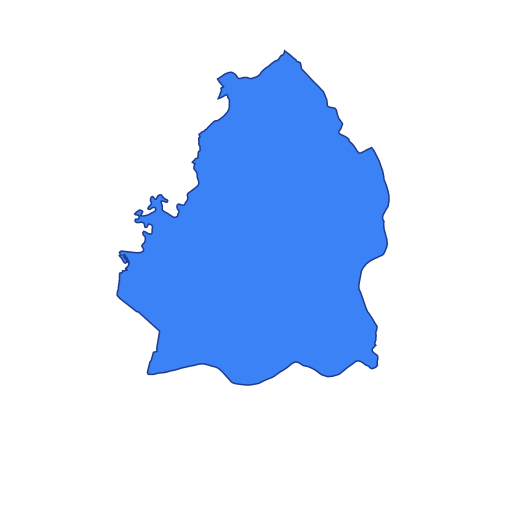 Kampong Trach, Kâmpôt, Cambodia, rotated 51°
{"feature_id": "14789045B82018402727436", "entity_name": "Kampong Trach", "entity_type": "district", "adm_level": 2, "iso_a3": "KHM", "parent_name": "Cambodia", "parent_adm1": "Kâmpôt", "projection": "mercator", "projection_center": [104.456, 10.519], "detail": "fine", "context": "isolated", "style": "filled", "palette": "blue", "viewbox_px": 512, "rotation_deg": 51, "n_neighbors": 0, "source": "geoboundaries", "source_scale": "gbopen_adm2", "svg_char_len": 6146}
<svg xmlns="http://www.w3.org/2000/svg" viewBox="0 0 512 512"><g transform="rotate(51 256 256)"><path d="M309.9,134.9L306.7,134.2L304.4,132.0L302.0,126.4L300.5,122.0L296.4,117.5L292.7,114.7L288.8,112.6L283.2,110.3L276.9,108.3L274.6,106.7L269.7,104.1L259.7,100.5L256.5,99.8L248.9,98.1L244.5,97.9L243.1,103.5L242.9,105.4L241.9,109.7L241.1,111.0L238.0,111.4L234.8,110.9L231.3,110.6L228.6,110.8L225.7,111.3L223.5,110.4L220.0,111.2L213.4,114.3L212.6,114.2L211.3,113.1L210.9,110.9L210.2,109.5L208.7,107.1L207.9,105.6L205.7,105.3L201.4,105.1L198.4,104.2L193.0,101.7L190.7,101.7L186.8,105.0L185.3,105.8L184.3,106.0L179.2,102.7L174.7,101.4L170.8,100.2L166.4,100.6L162.8,100.8L157.0,101.5L138.9,102.8L135.5,100.7L133.7,100.0L132.2,100.6L130.1,102.0L128.7,101.5L125.2,102.4L121.1,103.0L114.5,104.6L115.5,105.6L116.4,107.3L116.8,109.2L116.0,109.9L116.4,111.8L116.9,113.3L117.4,114.9L117.4,115.8L116.5,118.6L116.3,121.6L116.3,124.7L116.5,126.1L116.1,130.2L116.1,132.5L116.3,134.9L116.7,137.1L117.4,138.7L117.3,141.8L116.8,143.8L116.0,145.6L115.1,148.2L113.6,149.5L111.7,150.5L109.8,152.9L108.7,154.9L108.4,156.1L107.6,157.2L106.6,158.1L103.0,157.8L101.2,158.0L100.2,158.3L98.8,158.8L97.7,159.5L96.7,160.9L95.8,163.0L94.9,166.5L94.9,167.8L94.4,173.8L94.2,174.5L97.2,174.9L104.2,174.8L104.2,175.7L103.5,176.6L103.6,177.8L105.2,178.2L108.5,183.6L109.9,186.3L110.8,184.1L112.1,177.1L113.4,177.2L115.2,178.2L116.4,178.2L117.7,178.3L123.0,182.6L124.9,184.7L126.2,188.0L127.0,193.4L126.9,198.2L126.5,200.9L125.2,202.8L125.1,205.1L125.9,212.6L126.3,214.7L126.0,216.4L126.4,218.0L125.8,219.2L125.5,220.4L126.0,222.4L125.4,223.4L126.0,223.9L126.5,224.1L128.3,224.6L128.2,226.0L129.2,227.1L131.4,228.5L132.1,229.3L133.9,230.5L135.8,230.5L136.9,231.7L138.0,232.4L139.0,233.6L138.7,234.9L139.6,236.1L140.9,237.1L141.9,238.4L143.2,239.4L142.6,241.0L142.3,242.0L142.9,243.7L142.8,245.5L143.2,246.6L144.9,245.9L146.3,245.4L146.4,246.5L148.2,248.7L149.0,249.3L152.8,249.4L154.6,249.9L155.8,250.6L158.1,252.3L160.7,253.1L162.4,254.0L163.6,254.8L164.8,256.8L164.8,262.1L164.5,268.8L164.6,269.7L165.0,270.7L165.8,271.3L167.1,271.9L167.9,272.5L169.1,273.7L169.6,275.0L170.1,277.1L171.2,279.2L171.0,280.2L170.0,281.3L169.2,281.9L167.9,282.7L166.9,283.4L166.8,285.1L167.5,286.1L169.0,287.1L170.7,287.5L171.4,287.5L172.1,287.3L172.9,287.5L173.3,288.1L173.7,288.8L174.2,290.3L175.6,291.4L175.4,293.6L174.6,295.4L171.7,296.5L167.5,297.8L163.3,299.5L161.2,299.9L159.3,298.2L157.6,297.0L154.5,296.1L153.7,294.8L156.0,293.0L158.2,291.5L157.8,290.0L156.7,289.7L153.9,290.9L150.9,291.3L149.1,291.1L147.8,292.4L147.5,294.3L148.2,296.2L149.0,297.7L148.6,298.4L147.2,298.8L145.7,298.6L144.5,299.1L144.3,300.2L145.2,302.0L146.8,303.3L148.4,303.6L149.6,304.6L150.2,307.1L150.3,308.8L151.1,310.2L152.4,310.0L153.2,308.7L153.2,306.5L154.0,304.6L155.6,304.0L157.1,304.8L157.4,305.7L157.4,308.0L156.7,310.7L156.2,314.1L153.8,318.7L152.6,319.9L151.9,320.3L151.2,317.8L150.2,316.1L149.0,316.1L147.2,317.2L146.8,318.3L146.7,320.8L146.7,322.6L147.0,323.9L147.9,323.8L149.9,322.1L151.8,321.9L152.8,322.8L153.1,324.0L152.6,325.3L151.6,326.4L152.5,327.9L153.8,328.1L155.1,327.5L156.7,325.4L157.7,323.6L159.9,322.4L161.8,323.2L163.1,324.0L164.1,324.1L164.7,323.2L164.8,322.3L164.2,320.9L163.4,319.6L164.6,318.4L166.4,317.6L168.0,317.9L170.3,320.3L171.7,321.3L172.9,322.7L172.8,323.9L171.3,325.3L169.7,326.1L167.6,326.8L166.2,327.7L166.6,329.2L168.4,330.3L171.1,330.2L172.2,330.5L173.8,331.9L175.3,333.9L175.5,335.0L175.5,336.6L176.4,338.5L178.3,338.8L179.7,338.9L180.6,339.5L181.3,341.1L180.5,343.9L177.7,347.4L167.3,357.6L167.2,359.8L168.6,360.3L170.2,360.7L169.6,361.9L170.5,362.1L171.4,362.0L172.1,361.8L176.2,362.3L177.6,362.6L179.3,362.2L179.5,361.4L179.3,360.5L178.8,359.7L178.2,359.1L177.4,358.9L174.9,359.3L174.0,359.2L172.5,358.5L171.7,358.7L172.0,357.8L172.9,357.2L173.5,357.9L176.6,357.5L178.2,358.0L178.8,358.3L179.7,358.1L180.0,359.7L180.8,359.4L181.2,358.8L181.9,359.1L182.1,359.9L182.7,360.6L183.1,361.2L183.3,361.9L183.5,364.3L183.7,365.2L185.1,364.8L185.8,365.0L184.8,366.4L184.7,367.1L184.8,367.9L184.1,368.4L183.5,369.0L184.2,369.4L184.5,370.3L184.5,371.0L184.2,371.6L183.6,372.2L183.7,372.9L184.2,373.4L184.9,373.8L185.9,375.1L186.6,375.4L189.0,377.5L189.3,378.3L190.6,378.6L191.1,380.0L193.1,381.8L193.5,382.5L195.4,384.1L196.3,385.9L197.0,386.5L197.4,387.1L198.0,387.6L198.7,388.3L199.3,388.7L203.5,388.5L224.3,383.7L225.3,382.6L253.8,378.2L264.7,390.6L267.8,393.2L266.3,396.3L271.3,403.3L271.7,405.2L277.5,412.9L278.1,413.6L279.1,414.0L280.2,414.1L280.9,413.4L283.3,410.4L284.2,408.7L285.4,405.9L286.4,404.3L288.7,400.9L289.9,398.6L291.4,395.0L293.4,391.2L294.1,389.6L294.9,387.8L295.6,385.7L297.0,382.8L300.4,375.9L302.1,372.9L303.3,370.0L304.4,367.9L305.7,366.0L307.3,364.2L311.3,361.1L313.2,360.1L316.5,357.5L318.5,356.4L320.2,355.8L322.3,355.4L325.3,355.0L335.4,354.5L337.8,354.4L338.8,354.3L339.8,353.9L341.3,353.0L342.5,352.1L346.9,348.0L349.1,345.8L350.8,343.9L352.2,342.1L353.7,339.7L356.7,334.1L358.5,326.1L360.5,319.7L360.9,317.7L361.3,310.1L361.8,307.2L362.3,301.8L362.2,296.7L362.5,294.1L363.0,292.6L363.9,291.4L365.3,290.2L366.6,289.6L370.3,288.4L371.1,288.1L373.9,285.7L375.5,284.7L378.1,283.3L380.4,282.3L383.3,281.3L387.4,280.4L389.6,279.7L394.8,276.3L397.5,272.4L399.4,267.9L400.2,265.7L400.3,261.4L400.2,256.7L400.2,254.7L400.6,249.7L400.7,245.1L401.1,243.4L402.3,242.2L403.8,241.1L405.6,240.3L410.1,239.2L411.7,238.2L412.6,237.7L413.9,237.8L415.3,237.5L416.8,236.6L417.0,235.8L417.7,233.6L417.8,232.4L417.3,230.3L416.1,229.6L414.9,228.7L413.8,227.7L412.7,226.2L411.3,225.0L410.6,224.5L409.0,224.4L405.6,225.3L403.3,225.5L402.0,224.8L401.2,223.0L401.0,221.3L400.8,219.0L399.1,219.1L397.0,216.5L396.6,215.5L395.1,214.5L393.8,213.0L392.4,212.1L391.3,211.6L389.0,208.4L386.9,206.2L383.5,205.9L377.8,205.0L371.9,204.4L369.6,204.4L364.8,203.0L349.8,197.5L346.9,197.0L344.0,195.0L341.5,192.3L334.3,183.9L333.2,181.9L332.3,179.1L331.5,175.1L331.7,170.7L332.5,166.0L333.6,162.1L334.2,159.3L334.8,157.7L334.7,155.6L334.0,153.8L331.2,148.6L329.1,146.3L325.1,143.7L315.4,139.4L312.8,137.6L310.4,135.8L309.9,134.9Z" fill="#3b82f6" stroke="#1e3a8a" stroke-width="1.5"/></g></svg>